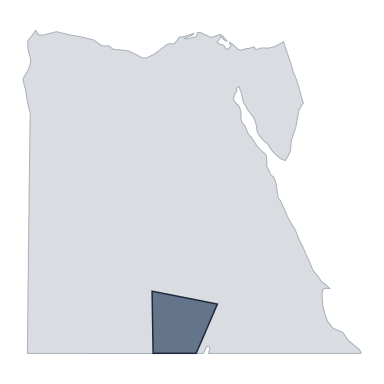 Paris Paris, Al Wadi at Jadid, Egypt shown in context
{"feature_id": "37247803B13722182372819", "entity_name": "Paris Paris", "entity_type": "district", "adm_level": 2, "iso_a3": "EGY", "parent_name": "Egypt", "parent_adm1": "Al Wadi at Jadid", "projection": "natural_earth1", "projection_center": [30.442, 22.93], "detail": "fine", "context": "in_parent", "style": "filled", "palette": "slate", "viewbox_px": 384, "rotation_deg": 0, "n_neighbors": 0, "source": "geoboundaries", "source_scale": "gbopen_adm2", "svg_char_len": 3120}
<svg xmlns="http://www.w3.org/2000/svg" viewBox="0 0 384 384"><path d="M361.0,353.4L351.8,353.4L342.6,353.4L333.3,353.4L324.1,353.4L314.9,353.4L305.7,353.4L296.5,353.4L287.3,353.4L278.1,353.4L268.9,353.4L259.7,353.4L250.5,353.4L241.3,353.4L232.1,353.4L222.9,353.4L213.7,353.4L208.5,353.4L209.3,350.5L209.9,348.4L209.3,346.9L207.5,346.5L206.3,347.0L203.6,353.2L202.1,353.5L198.9,353.5L188.1,353.5L177.4,353.5L166.7,353.5L156.0,353.5L145.3,353.5L134.6,353.5L123.9,353.5L113.1,353.5L102.4,353.5L91.7,353.5L81.0,353.4L70.3,353.4L59.6,353.4L48.8,353.4L38.1,353.4L27.4,353.4L27.5,345.9L27.6,338.4L27.6,330.9L27.7,323.4L27.8,315.9L27.9,308.4L27.9,300.9L28.0,293.4L28.1,285.9L28.2,278.4L28.3,270.9L28.4,263.4L28.4,255.9L28.5,248.4L28.6,240.9L28.7,233.4L28.8,225.9L28.9,218.4L29.0,210.9L29.0,203.4L29.1,195.8L29.2,188.3L29.3,180.8L29.4,173.3L29.5,165.8L29.6,158.3L29.7,150.8L29.8,143.3L29.9,135.8L30.0,128.3L30.1,120.7L30.2,113.2L30.0,111.8L28.5,106.7L27.2,100.2L25.8,92.3L25.6,89.7L23.2,81.5L23.0,79.1L23.7,77.5L27.9,70.6L29.2,67.2L30.4,63.2L30.7,59.9L29.6,54.9L28.2,50.4L27.8,45.8L27.7,41.2L29.9,38.1L32.4,35.2L33.4,33.5L34.9,31.5L36.0,30.5L38.0,34.6L42.3,35.3L56.3,31.7L71.7,35.3L80.2,36.7L93.2,39.8L101.2,45.3L103.4,46.0L109.1,45.9L112.9,49.2L127.8,50.7L135.8,54.3L140.4,57.2L143.1,58.1L145.5,58.0L148.7,56.9L152.8,54.9L157.3,52.0L166.6,44.8L169.9,43.6L172.0,43.9L174.6,43.8L175.7,41.8L177.1,40.5L177.9,39.0L179.3,37.1L184.1,36.6L193.8,33.5L192.7,35.0L183.9,38.5L187.7,38.9L191.5,37.7L195.9,37.0L196.7,35.5L197.3,32.6L198.1,32.3L201.2,32.8L210.2,37.1L212.5,37.2L218.8,34.8L220.2,34.3L222.2,35.6L227.0,41.0L225.3,40.9L220.3,36.3L219.8,38.6L217.0,42.6L220.6,44.4L223.5,45.1L225.1,47.3L226.1,49.3L228.9,48.4L231.0,45.7L229.9,44.2L229.2,42.6L230.1,42.6L232.1,43.9L237.9,49.1L239.8,50.1L242.0,50.0L246.7,48.5L248.0,48.7L254.2,46.8L254.9,48.2L256.0,49.6L261.0,48.0L268.9,48.1L275.3,46.4L282.8,42.3L283.4,41.6L283.8,42.7L284.7,45.5L287.1,52.6L289.1,58.2L291.6,65.9L292.4,68.9L292.8,71.0L296.4,79.5L298.6,86.5L300.2,92.2L302.4,100.5L303.4,103.4L301.9,104.9L298.9,110.3L295.8,127.4L291.2,140.8L290.7,149.2L290.0,152.2L287.8,156.5L285.1,160.6L280.2,158.5L272.3,151.2L267.7,144.2L262.7,139.7L258.0,133.8L256.7,129.5L256.8,126.7L254.7,120.0L253.2,116.9L247.5,109.7L245.8,105.9L244.6,104.3L243.3,101.9L241.2,92.6L239.0,86.7L236.4,88.4L236.9,90.8L234.7,94.3L233.4,98.2L234.4,101.5L239.1,106.4L240.0,108.5L241.1,113.2L241.0,119.6L241.7,121.7L245.2,126.5L246.5,129.3L247.2,131.7L248.4,133.9L251.9,138.0L256.8,145.8L261.6,151.1L265.0,153.6L266.5,156.2L266.8,162.8L266.6,165.9L269.6,171.8L270.7,174.8L273.7,177.2L275.0,180.0L276.2,184.5L278.2,197.9L280.7,201.2L288.6,218.8L295.3,230.0L298.5,238.3L303.5,248.4L313.2,270.6L318.9,277.5L321.2,281.3L325.3,284.3L329.8,288.6L325.6,288.2L324.5,288.4L323.0,289.1L322.3,291.7L322.0,293.9L322.7,305.1L323.9,310.8L327.7,321.7L330.6,325.0L331.9,327.1L333.8,328.6L342.7,332.3L348.0,340.1L359.8,350.0L360.9,352.8L361.0,353.4Z" fill="#d9dde1" stroke="#a8b0b8" stroke-width="1"/><path d="M153.1,353.3L196.2,353.3L217.4,304.1L152.1,291.2L153.1,353.3Z" fill="#64748b" stroke="#1e293b" stroke-width="1.5"/></svg>